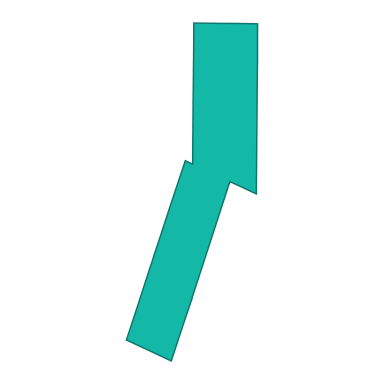 the district of Quitilipi, Chaco, Argentina
{"feature_id": "61730980B60915850555314", "entity_name": "Quitilipi", "entity_type": "district", "adm_level": 2, "iso_a3": "ARG", "parent_name": "Argentina", "parent_adm1": "Chaco", "projection": "equal_earth", "projection_center": [-60.193, -26.7], "detail": "fine", "context": "isolated", "style": "filled", "palette": "teal", "viewbox_px": 384, "rotation_deg": 0, "n_neighbors": 0, "source": "geoboundaries", "source_scale": "gbopen_adm2", "svg_char_len": 1041}
<svg xmlns="http://www.w3.org/2000/svg" viewBox="0 0 384 384"><path d="M225.8,23.4L225.7,23.4L223.6,23.4L222.6,23.4L197.0,23.1L193.8,23.0L193.8,26.7L193.6,57.7L193.6,59.6L193.5,61.5L193.5,65.3L193.2,96.2L193.1,99.6L193.1,100.0L193.1,101.5L192.9,134.7L192.8,138.5L192.8,139.5L192.8,141.2L192.8,142.4L192.7,161.8L192.7,163.3L192.6,164.1L188.2,162.1L185.3,160.7L184.1,164.3L174.6,192.8L173.5,196.3L172.4,199.7L172.2,200.0L162.8,228.7L161.6,232.2L161.7,232.3L155.7,250.2L154.7,253.1L151.8,262.5L151.0,264.7L149.8,268.3L149.1,270.5L138.2,304.1L137.1,307.5L130.0,329.1L127.6,336.4L126.5,339.9L126.4,340.0L129.4,341.4L138.5,345.6L141.3,346.9L143.5,347.9L168.5,359.7L171.3,361.0L171.7,359.6L183.0,325.2L192.1,298.3L192.4,296.7L209.4,244.6L212.4,235.4L228.7,185.1L229.9,181.6L252.3,192.0L256.3,193.9L256.4,184.8L257.1,102.1L257.1,100.8L257.1,97.2L257.4,66.2L257.5,62.2L257.5,57.4L257.5,33.1L257.6,23.8L255.4,23.8L253.4,23.7L251.4,23.7L248.9,23.7L247.4,23.6L229.0,23.4L227.5,23.4L225.8,23.4Z" fill="#14b8a6" stroke="#0f766e" stroke-width="1.5"/></svg>